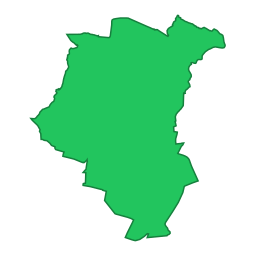 Oravita, Caras-Severin, Romania, rotated 270°
{"feature_id": "2599482B80762656087619", "entity_name": "Oravita", "entity_type": "district", "adm_level": 2, "iso_a3": "ROU", "parent_name": "Romania", "parent_adm1": "Caras-Severin", "projection": "albers", "projection_center": [21.762, 45.061], "detail": "fine", "context": "isolated", "style": "filled", "palette": "green", "viewbox_px": 256, "rotation_deg": 270, "n_neighbors": 0, "source": "geoboundaries", "source_scale": "gbopen_adm2", "svg_char_len": 5794}
<svg xmlns="http://www.w3.org/2000/svg" viewBox="0 0 256 256"><g transform="rotate(270 128 128)"><path d="M220.6,222.8L221.0,222.2L221.5,221.7L222.0,220.3L222.5,219.6L224.7,217.8L225.5,217.0L226.1,215.9L226.9,214.3L227.0,214.1L226.8,213.8L226.5,213.5L226.2,213.1L225.7,212.7L225.0,212.1L224.9,211.7L225.2,210.6L225.4,210.2L225.3,209.9L225.3,209.7L225.7,209.1L226.2,208.4L226.3,208.0L226.7,207.5L226.8,207.3L227.0,207.0L227.4,206.5L227.5,206.2L228.3,204.6L228.5,204.4L228.4,203.4L228.0,202.8L227.7,202.1L227.3,201.6L227.3,201.3L227.4,201.1L227.5,200.8L227.6,200.6L227.5,200.0L227.6,199.1L228.1,199.0L228.3,198.7L228.5,198.1L228.7,197.8L228.7,196.7L229.6,196.2L230.0,195.7L230.2,195.1L230.2,194.6L230.3,194.3L230.9,194.1L231.1,193.9L231.4,193.3L231.6,193.1L232.0,192.6L232.2,192.1L232.5,190.4L232.9,190.0L233.1,188.8L234.0,187.0L234.5,185.5L234.9,184.7L236.1,182.9L236.4,182.4L236.7,181.3L236.8,181.0L237.1,180.8L238.3,180.6L238.4,180.4L238.4,179.7L238.6,179.2L239.1,178.8L239.9,178.7L240.4,178.5L240.6,178.0L240.6,177.5L240.5,177.4L239.4,177.0L237.4,175.6L237.0,175.5L236.2,175.8L235.7,175.7L235.2,175.4L234.4,174.2L234.0,173.7L233.6,173.5L233.1,173.3L232.5,173.3L232.2,173.1L232.0,172.8L231.2,172.5L231.0,172.4L230.5,172.8L230.3,172.8L230.1,172.6L229.8,172.2L229.3,171.4L229.0,170.6L228.7,170.3L228.5,169.9L227.8,168.8L227.3,168.3L226.8,167.9L225.7,167.3L225.4,167.1L225.0,167.1L222.3,167.4L221.5,167.9L220.8,168.5L220.7,168.5L220.4,168.4L219.7,167.9L220.6,166.2L224.2,160.5L225.7,158.2L226.2,157.6L226.4,157.1L226.4,156.7L226.3,156.2L226.3,155.5L226.2,155.5L226.3,155.2L226.8,154.3L226.3,154.3L228.2,150.3L229.4,147.4L237.9,128.1L238.0,125.6L238.0,120.5L237.4,116.1L236.9,113.6L236.1,112.2L234.9,111.8L231.0,111.7L220.0,110.3L218.6,109.6L218.4,108.6L218.9,102.7L219.3,98.4L220.4,98.4L220.2,97.8L220.2,96.9L220.3,96.4L220.7,95.8L220.7,94.9L221.1,94.3L221.2,94.1L221.2,93.2L221.5,92.5L221.5,91.7L221.7,91.1L221.6,90.7L221.9,90.1L222.3,89.4L222.5,88.9L222.8,88.4L222.9,88.0L222.8,86.8L222.6,86.3L222.9,85.8L222.8,85.5L223.0,85.1L223.0,84.5L222.8,83.1L222.6,82.9L222.3,82.5L221.7,80.2L221.6,66.9L215.6,70.8L215.2,71.2L213.8,72.9L213.2,74.0L211.3,75.8L210.9,76.3L211.4,76.9L210.8,77.6L210.5,77.8L210.3,77.7L209.9,77.4L209.5,77.4L209.0,77.4L208.6,77.1L208.3,76.7L208.2,76.3L208.1,75.6L207.8,74.9L207.6,74.1L207.4,73.2L207.4,72.5L207.5,72.1L207.8,71.5L207.9,71.2L207.7,70.7L207.3,70.5L206.5,69.7L206.3,69.5L205.4,69.3L204.6,69.2L202.8,69.4L202.1,69.3L201.7,69.0L201.4,68.3L200.8,67.6L200.7,67.6L200.4,67.8L200.0,67.7L198.2,67.3L198.2,67.5L197.7,67.5L197.5,67.2L196.9,67.0L196.2,66.8L195.9,66.9L195.6,67.3L195.3,67.4L194.8,67.6L193.5,67.6L192.5,67.7L191.1,68.1L189.8,68.6L189.0,68.6L188.4,68.5L187.6,68.0L186.0,67.1L185.7,66.8L185.2,66.1L184.8,65.8L184.2,65.6L182.8,65.5L180.3,64.6L179.0,64.2L176.7,63.6L172.7,62.9L171.9,62.6L170.9,62.2L169.4,61.9L168.4,61.2L167.5,60.5L167.1,60.2L167.1,59.8L166.9,59.5L167.1,59.1L167.3,58.9L167.2,58.7L166.4,59.4L166.1,58.9L166.3,58.3L166.4,58.1L166.5,57.6L166.4,57.3L166.5,57.1L166.4,57.0L166.1,56.2L165.7,56.3L165.5,56.2L165.2,56.0L164.5,55.9L164.1,56.2L164.0,56.5L163.8,56.7L163.0,56.9L162.3,56.4L161.2,55.4L160.7,54.7L160.4,54.4L159.9,54.4L159.0,53.9L158.8,54.1L158.7,54.2L158.4,54.4L157.5,54.6L157.0,54.5L155.2,54.0L154.8,53.8L154.6,53.6L154.3,53.2L154.1,52.9L153.6,52.1L151.9,50.6L151.0,50.0L149.6,49.4L149.2,49.1L148.8,48.4L148.7,48.1L147.7,45.5L147.0,44.0L146.8,43.1L146.7,42.7L146.4,42.3L145.3,41.4L144.2,40.2L143.8,40.0L143.1,39.7L142.4,39.5L142.0,39.4L141.7,39.0L140.7,38.3L140.4,37.9L139.6,37.1L138.9,36.7L138.4,36.1L137.9,35.8L137.6,35.3L137.4,34.8L137.3,33.7L137.5,30.9L135.8,32.2L130.5,37.7L126.2,40.1L124.8,39.5L122.3,40.8L119.9,40.9L116.6,41.1L116.6,41.8L116.5,42.6L116.4,43.0L115.7,44.1L115.3,46.9L114.0,48.5L112.6,50.1L111.1,51.1L110.5,51.7L109.2,55.0L108.2,54.9L107.3,55.1L106.4,55.8L104.0,64.0L101.7,63.2L99.7,62.9L98.0,69.9L96.9,74.1L94.1,81.0L93.3,83.2L93.7,83.7L93.5,84.3L95.8,86.8L96.3,87.1L94.6,87.3L92.9,86.9L86.7,86.0L85.6,84.9L83.5,83.1L83.3,85.8L76.8,85.6L72.7,85.4L72.7,84.3L72.4,83.3L71.8,83.1L70.6,83.1L69.4,90.2L66.2,102.7L65.7,102.8L64.7,106.3L55.5,104.6L42.3,115.0L41.8,116.3L38.7,127.7L37.5,131.1L36.1,133.6L33.4,132.4L23.3,127.4L18.5,125.3L16.3,131.7L15.5,134.6L15.4,135.6L16.6,139.8L19.7,144.4L22.3,147.3L22.1,148.5L18.4,147.2L20.3,167.0L21.0,167.4L21.6,169.0L22.7,170.1L24.1,170.0L24.7,169.5L25.3,168.7L26.3,167.9L27.7,167.6L29.7,166.0L30.2,165.7L31.1,165.2L32.1,165.0L33.7,165.6L44.7,172.8L53.6,178.3L63.4,182.8L69.3,184.2L70.0,184.8L73.2,192.7L75.1,198.1L88.9,191.9L90.9,191.1L96.0,189.3L97.4,188.5L98.8,187.1L99.8,185.4L100.8,183.0L102.0,179.0L102.6,177.8L109.6,181.3L111.1,182.8L113.0,183.7L112.8,181.7L112.5,181.2L112.4,179.6L112.0,175.9L114.8,175.6L117.3,175.7L121.4,176.9L123.4,177.3L123.9,177.3L124.4,174.0L129.1,173.6L130.2,176.1L134.6,175.1L135.0,175.8L139.2,175.3L141.8,176.2L144.1,178.0L145.0,179.0L146.5,180.2L146.9,180.8L147.2,181.0L150.3,183.2L151.6,183.3L161.1,183.6L162.8,183.7L162.5,184.5L162.7,185.2L163.3,185.0L164.1,185.1L164.9,185.3L165.6,185.7L166.1,186.0L166.8,187.1L169.0,189.2L169.3,190.0L171.3,189.7L173.6,188.5L174.1,188.2L175.0,188.4L175.9,189.2L176.4,189.9L177.3,189.9L178.9,191.0L179.8,191.3L181.4,191.1L183.3,190.1L185.1,189.0L186.9,188.5L189.0,188.9L190.6,189.9L191.1,190.5L191.7,191.4L192.3,191.3L193.0,191.0L193.3,191.4L193.4,191.7L193.4,192.4L193.4,192.7L193.1,193.3L192.8,194.2L192.7,195.1L192.7,195.5L193.0,196.0L195.5,197.0L196.4,198.1L196.5,199.4L196.4,200.9L196.8,201.9L197.6,202.1L198.7,202.1L200.2,202.2L201.4,202.9L204.3,205.4L206.6,208.7L207.1,210.2L208.6,213.0L209.1,215.3L208.7,217.7L208.4,219.2L208.0,222.2L208.3,224.0L208.9,224.5L209.7,224.9L210.1,225.1L211.3,225.0L212.7,224.4L214.4,223.9L218.2,223.4L220.6,222.8Z" fill="#22c55e" stroke="#15803d" stroke-width="1.5"/></g></svg>